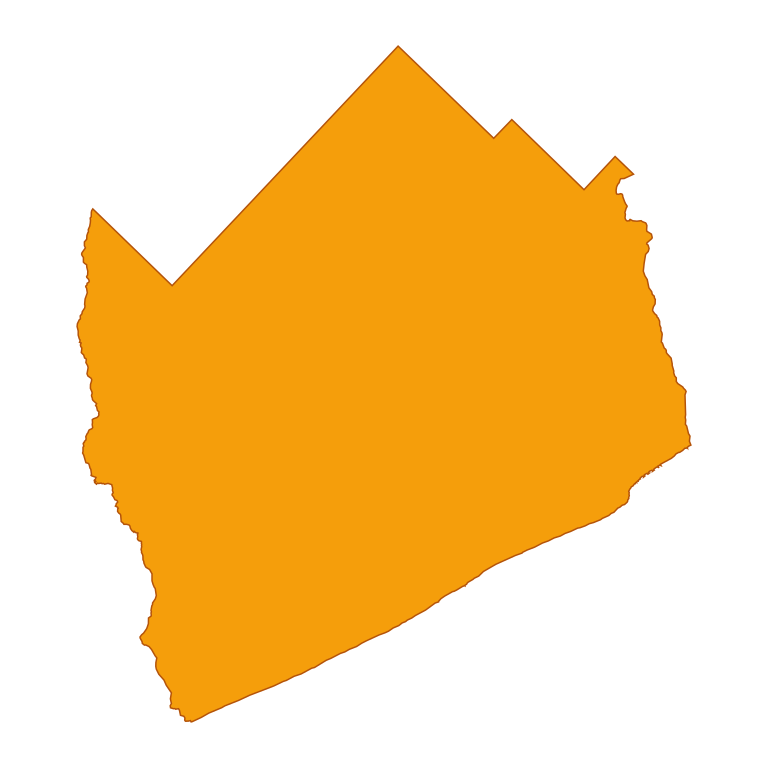 General Alvarado, Buenos Aires, Argentina
{"feature_id": "61730980B74641240637534", "entity_name": "General Alvarado", "entity_type": "district", "adm_level": 2, "iso_a3": "ARG", "parent_name": "Argentina", "parent_adm1": "Buenos Aires", "projection": "mercator", "projection_center": [-57.985, -38.201], "detail": "fine", "context": "isolated", "style": "filled", "palette": "amber", "viewbox_px": 768, "rotation_deg": 0, "n_neighbors": 0, "source": "geoboundaries", "source_scale": "gbopen_adm2", "svg_char_len": 5997}
<svg xmlns="http://www.w3.org/2000/svg" viewBox="0 0 768 768"><path d="M398.1,46.1L172.1,285.7L92.8,208.9L91.7,210.6L91.3,212.3L91.2,216.9L90.3,217.8L90.2,218.9L90.5,220.0L90.3,222.9L89.7,226.3L88.3,229.5L88.4,232.1L87.8,232.8L86.9,235.5L86.7,239.2L84.4,241.9L84.4,245.7L85.4,247.9L82.0,252.7L81.6,254.1L82.0,255.4L83.4,257.5L83.4,262.1L84.6,263.4L86.6,264.7L86.8,267.2L87.8,271.2L87.6,275.1L86.6,276.5L86.8,277.4L88.4,279.1L89.3,281.0L88.7,282.3L87.1,283.3L86.9,285.1L85.9,285.9L85.7,286.7L86.6,288.3L87.3,292.8L85.1,299.0L84.6,304.4L85.0,305.9L84.7,308.0L82.3,311.7L81.9,313.8L80.2,315.9L80.4,318.9L79.2,319.9L77.4,323.7L77.1,326.6L78.2,330.9L78.2,335.1L79.3,338.9L80.0,339.9L79.9,341.5L79.5,342.3L81.1,343.0L80.4,345.0L80.9,346.8L81.6,347.4L81.8,348.8L81.3,352.6L83.7,355.0L84.6,358.0L85.8,358.5L86.3,359.7L85.9,362.6L87.7,365.8L88.1,367.8L87.0,373.8L87.9,376.0L91.0,378.2L91.7,379.5L91.5,381.2L90.5,384.4L90.4,388.3L92.0,392.1L92.1,393.7L91.5,395.2L91.7,396.6L92.3,398.0L92.4,399.3L93.0,400.4L96.6,403.7L95.6,405.7L96.5,406.4L97.4,410.4L99.0,412.0L98.7,413.5L98.9,414.9L98.3,416.3L97.0,417.5L93.4,418.8L92.3,419.6L92.5,422.5L92.2,424.6L92.7,427.6L91.9,428.7L89.3,429.8L88.4,431.3L88.1,432.6L87.2,433.6L85.8,436.6L86.1,438.8L85.8,440.1L84.4,441.4L84.3,442.5L83.6,442.8L83.2,443.6L83.8,446.1L83.0,447.3L83.0,451.5L82.6,453.0L83.7,455.1L85.9,462.7L88.1,463.3L89.0,464.2L90.0,468.1L90.8,469.3L91.5,474.5L91.0,475.2L91.6,475.8L96.0,477.4L95.3,479.3L94.4,480.0L94.2,480.6L94.4,481.1L95.5,481.0L95.8,481.5L94.6,482.0L94.6,482.5L96.5,484.2L97.4,483.2L98.7,483.5L101.2,483.1L102.0,483.7L103.6,483.5L104.6,484.2L108.0,483.4L111.7,484.6L112.6,488.1L112.4,490.2L113.2,492.7L112.1,494.2L112.1,495.1L113.6,497.0L114.9,499.7L117.0,500.5L117.6,501.6L117.6,502.3L116.3,503.6L116.0,505.2L115.4,506.1L117.6,507.2L118.2,508.3L117.7,508.7L117.6,511.5L118.8,513.1L120.3,514.2L120.7,515.2L121.2,521.5L123.2,523.2L123.9,524.3L126.5,524.3L128.9,524.9L129.9,526.0L130.4,528.3L131.8,530.5L133.8,532.2L134.2,531.4L135.7,532.6L136.9,533.0L137.8,532.9L137.9,533.8L137.4,534.7L137.8,536.4L137.4,538.7L137.7,539.6L139.0,540.8L141.2,541.3L141.6,542.0L141.3,543.1L141.7,544.2L141.5,545.4L141.7,546.6L141.1,549.5L141.6,551.4L141.5,552.5L142.6,554.7L142.9,556.0L143.0,559.8L143.7,561.2L144.0,563.3L145.5,566.6L146.1,567.4L149.6,569.5L152.0,573.8L152.0,580.8L153.1,584.5L154.4,587.5L155.2,588.4L156.3,595.6L155.3,598.9L152.6,602.9L152.5,604.7L151.8,605.9L151.0,610.4L151.4,611.9L151.0,612.9L151.3,615.3L151.0,616.2L148.5,618.0L148.4,623.7L147.3,627.0L146.6,628.8L143.6,633.1L141.6,634.8L140.0,637.0L140.2,638.2L142.1,641.7L142.3,643.4L144.4,645.1L145.8,645.0L149.1,646.6L151.6,649.6L155.2,655.9L156.8,657.9L155.9,662.6L155.8,666.4L156.3,669.1L158.8,674.2L164.0,680.1L166.3,685.3L171.4,692.8L170.4,698.8L171.4,703.6L170.2,705.7L170.5,707.8L173.4,708.7L174.9,708.6L175.6,709.2L178.5,708.7L179.4,710.1L180.5,715.3L183.9,716.3L184.9,718.0L184.7,720.1L185.4,721.2L188.4,721.1L190.4,720.6L191.1,721.9L192.1,721.7L201.3,717.4L208.8,713.1L221.7,707.7L224.9,705.8L238.4,700.5L249.5,695.3L273.9,685.9L283.3,681.4L286.4,680.4L294.0,676.3L301.0,674.0L311.7,668.2L314.5,667.5L326.2,660.3L330.8,658.4L340.4,653.4L344.9,651.9L349.4,649.3L356.6,646.5L361.7,643.2L366.6,640.7L379.2,634.9L385.0,632.8L388.5,631.2L393.3,627.9L398.8,625.6L402.2,622.9L405.6,621.6L407.3,620.1L411.8,618.0L415.4,615.5L425.5,610.1L435.2,603.0L438.6,601.9L438.7,601.2L440.9,598.7L444.8,596.0L452.6,591.6L454.1,591.3L456.7,590.0L462.6,586.4L464.5,585.7L464.9,585.9L464.8,585.4L466.7,584.1L467.0,583.3L468.1,582.2L472.8,579.5L474.3,578.2L478.7,576.1L483.4,571.5L495.8,564.3L515.5,555.4L522.0,553.1L522.8,552.2L527.2,550.0L534.7,547.1L542.5,543.0L548.4,540.9L554.2,537.9L560.4,536.0L565.1,533.4L570.5,531.5L577.7,528.1L580.1,527.7L585.3,525.8L589.3,523.7L593.4,522.6L600.6,519.7L602.3,518.4L608.8,515.5L611.2,513.4L613.9,512.3L617.8,508.1L620.0,507.1L622.2,505.2L624.6,504.5L627.1,502.2L627.6,501.3L627.8,499.8L628.8,498.6L628.6,498.0L629.3,495.4L629.0,494.4L629.2,492.4L628.7,491.4L629.8,489.1L630.5,488.4L631.4,486.7L632.9,486.0L634.5,483.8L635.3,483.7L635.3,483.2L636.1,482.4L636.7,482.6L636.6,482.1L637.7,480.9L638.3,481.1L638.6,480.0L640.2,479.0L639.9,478.7L640.0,478.3L642.0,476.4L643.5,476.2L643.8,476.5L643.7,477.0L644.9,476.0L644.2,475.3L644.4,474.7L646.8,473.4L647.8,473.8L647.4,474.6L649.1,473.3L648.6,473.3L648.4,472.6L649.6,471.2L651.9,470.3L652.9,470.5L652.7,471.2L654.1,470.2L653.6,469.9L653.9,469.1L656.4,467.2L658.0,467.1L659.0,467.8L658.0,466.1L659.8,465.1L661.0,465.6L660.4,464.4L660.9,464.0L671.4,458.3L674.3,456.0L676.0,453.9L678.7,452.4L679.6,452.4L682.7,450.4L684.9,448.2L686.0,448.3L687.1,447.7L687.4,448.0L687.3,447.5L688.6,446.2L690.9,445.1L689.4,441.2L690.0,436.1L688.5,433.6L686.7,426.1L685.4,424.3L685.7,420.0L685.2,417.3L685.6,414.8L685.0,394.9L686.1,391.5L685.4,390.1L683.5,388.2L682.8,387.0L677.8,383.6L676.3,381.5L676.3,377.8L674.7,376.0L673.7,372.8L673.8,371.0L672.2,365.4L672.2,363.8L671.1,358.1L667.0,353.6L666.3,352.4L666.3,350.6L665.8,349.4L664.2,348.0L662.4,343.1L661.3,342.0L662.2,334.3L661.9,332.7L660.8,330.5L660.9,327.8L659.7,325.0L659.6,321.2L658.1,317.9L657.1,317.1L656.7,315.4L654.7,313.7L652.8,311.0L652.6,309.8L653.4,306.8L655.1,303.9L655.3,299.3L654.5,298.2L654.2,296.1L652.3,294.4L651.7,291.7L648.9,287.8L647.2,279.5L644.9,275.8L643.3,271.2L644.1,263.5L645.6,254.4L648.2,251.5L649.1,248.5L648.1,245.1L646.7,244.0L646.9,242.9L651.9,238.5L652.2,237.4L651.4,234.1L646.9,231.3L646.6,229.7L646.9,225.5L646.0,223.3L645.4,222.8L642.3,221.6L641.1,220.7L636.9,221.2L632.8,220.8L630.1,219.4L629.6,219.9L629.6,220.7L627.1,221.0L625.7,219.8L625.0,217.9L625.4,214.3L624.9,212.5L626.2,208.1L627.1,206.6L627.0,205.8L625.7,204.0L624.6,201.7L622.8,196.7L622.6,195.0L621.9,194.0L620.6,193.7L618.5,194.3L616.8,194.1L616.3,193.1L616.1,190.4L616.6,186.9L617.8,184.3L619.1,182.8L620.1,179.6L620.8,178.7L624.2,178.5L633.5,174.2L615.1,156.5L584.0,189.7L511.8,119.6L493.7,138.3L398.1,46.1Z" fill="#f59e0b" stroke="#b45309" stroke-width="1.5"/></svg>